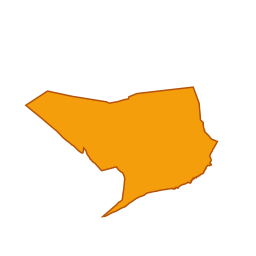 outline of Klæbu nor, Sør-Trøndelag, Norway, rotated 140°
{"feature_id": "86288312B3203953779566", "entity_name": "Klæbu nor", "entity_type": "district", "adm_level": 2, "iso_a3": "NOR", "parent_name": "Norway", "parent_adm1": "Sør-Trøndelag", "projection": "mercator", "projection_center": [10.509, 63.25], "detail": "fine", "context": "isolated", "style": "filled", "palette": "amber", "viewbox_px": 256, "rotation_deg": 140, "n_neighbors": 0, "source": "geoboundaries", "source_scale": "gbopen_adm2", "svg_char_len": 4392}
<svg xmlns="http://www.w3.org/2000/svg" viewBox="0 0 256 256"><g transform="rotate(140 128 128)"><path d="M204.2,76.4L202.3,75.1L200.9,74.7L200.3,74.6L198.9,74.2L197.9,74.1L195.9,73.7L193.2,72.9L192.8,72.7L190.4,72.0L189.0,71.6L185.4,71.0L184.2,70.7L182.7,70.2L181.0,69.6L180.8,69.6L178.1,69.5L175.0,69.6L173.2,69.2L167.0,68.7L163.3,67.8L160.0,66.5L158.7,66.1L155.6,66.1L149.2,62.8L146.8,61.3L145.9,60.8L145.2,60.7L144.7,60.3L140.4,57.9L139.2,57.0L136.6,55.5L133.4,53.5L133.1,53.5L133.1,53.4L133.1,53.1L133.0,52.8L132.8,52.8L132.7,52.8L132.7,52.7L132.3,52.4L132.3,52.2L132.2,52.2L132.1,51.9L131.9,51.6L131.8,51.4L131.6,51.4L131.3,51.4L131.1,51.2L130.8,51.2L130.7,51.2L130.7,51.4L130.4,51.6L130.1,51.7L129.8,51.7L129.6,51.8L129.4,51.8L129.3,51.7L129.2,51.6L129.4,51.5L129.4,51.4L129.4,51.2L129.1,51.0L128.9,51.0L128.9,50.9L128.8,50.7L128.8,50.2L128.7,50.1L128.4,50.0L128.2,49.8L128.0,50.0L127.8,50.0L127.5,50.0L127.3,50.0L127.2,50.1L125.9,50.3L123.3,49.8L121.9,49.3L121.7,49.1L120.8,48.8L120.5,48.6L120.2,48.5L120.0,48.3L119.8,48.3L119.7,48.3L119.3,48.2L118.8,48.2L118.4,48.1L118.2,48.0L117.8,47.8L117.6,47.8L117.4,47.9L117.1,47.8L117.0,47.7L116.8,47.7L116.7,47.6L116.5,47.2L116.5,46.9L116.3,46.8L116.2,46.7L115.9,46.5L115.9,46.4L115.7,46.4L115.7,46.1L115.4,46.0L115.3,45.9L115.2,46.0L114.9,45.9L115.0,45.8L114.9,45.8L114.7,45.8L114.4,46.0L114.2,46.2L113.8,46.3L113.8,46.5L113.5,46.6L113.4,46.9L113.4,47.0L113.2,46.9L113.2,47.0L112.9,47.0L112.9,46.9L112.6,47.1L112.3,47.2L112.2,47.1L111.9,47.1L111.6,47.0L111.4,47.3L111.1,47.3L111.1,47.2L110.9,47.0L110.5,46.8L110.4,46.9L110.1,46.7L109.9,46.7L109.7,46.8L109.8,46.8L109.6,47.1L109.6,47.3L109.3,47.0L109.3,46.9L109.1,46.8L108.7,46.7L108.3,46.7L108.1,46.8L107.8,46.7L107.7,46.8L107.4,46.6L107.4,46.4L107.2,46.6L106.9,46.4L106.8,46.6L106.7,46.6L106.5,46.4L106.4,46.2L106.0,46.0L105.8,45.9L105.7,45.8L105.2,46.0L105.0,45.9L104.8,46.0L104.6,45.9L104.3,46.0L104.2,45.8L103.8,45.7L103.7,45.6L103.6,45.4L103.4,45.5L103.0,45.7L102.7,45.7L102.3,45.7L102.1,45.7L101.9,45.5L101.5,45.5L100.9,45.3L100.5,45.2L100.1,44.9L99.8,44.9L99.7,44.9L99.6,45.0L99.4,45.0L99.1,45.1L98.7,45.1L98.6,45.4L98.5,45.5L98.4,45.5L98.2,45.8L97.6,45.9L97.3,45.9L97.3,46.1L96.7,46.1L96.5,46.4L96.4,46.5L96.2,46.5L95.6,46.5L95.2,46.9L94.6,46.8L94.3,46.7L94.2,46.8L94.1,47.2L93.9,47.3L93.7,47.4L93.5,47.6L93.3,47.8L93.2,47.8L92.9,47.8L92.1,47.9L91.8,48.0L91.5,47.9L90.9,48.1L90.7,48.1L90.5,47.8L90.5,47.7L90.3,47.6L90.2,47.5L90.3,47.3L90.2,47.1L89.8,46.8L89.7,46.7L89.1,46.5L88.7,46.5L88.0,46.2L87.7,46.4L87.6,46.7L87.6,47.0L87.8,47.5L87.7,48.5L87.5,48.8L87.2,48.9L86.4,49.1L85.8,49.3L85.2,49.6L85.0,49.8L84.5,50.8L84.2,51.6L83.8,52.4L83.8,52.6L83.8,53.1L83.6,53.7L83.5,54.0L81.0,55.3L78.6,56.1L78.1,56.3L77.7,56.6L76.2,57.3L75.9,57.4L75.6,57.5L75.2,57.5L74.9,57.6L74.0,58.0L70.9,59.1L68.2,60.2L68.7,61.1L68.9,61.4L69.3,62.3L69.8,63.3L70.2,63.8L70.3,64.2L70.8,65.0L71.1,66.1L71.3,66.9L71.1,70.0L71.5,74.3L71.6,75.3L71.6,75.6L71.7,75.8L71.7,76.0L71.4,76.3L71.1,76.5L70.9,76.7L70.8,76.8L70.8,77.0L70.7,77.1L70.7,77.3L70.8,77.5L70.7,77.7L70.7,77.8L70.6,78.0L70.5,78.4L69.6,80.1L68.2,82.2L67.8,82.7L66.9,83.8L67.3,87.6L62.6,94.1L61.3,96.1L57.7,101.1L54.7,109.2L51.8,117.4L56.3,120.4L67.6,127.9L86.1,140.1L94.9,145.9L99.2,148.7L107.3,151.3L107.7,150.9L108.4,150.5L109.2,150.1L112.4,152.0L119.4,155.0L120.3,155.5L122.2,156.7L124.2,157.8L126.2,158.8L127.8,162.0L150.4,188.1L165.9,208.0L191.7,211.1L190.0,201.9L188.1,192.1L185.7,177.6L184.5,171.4L183.9,161.9L183.3,158.6L182.2,153.8L181.8,151.0L181.1,149.2L181.0,147.9L180.7,144.6L180.6,143.0L180.1,140.7L179.6,138.9L179.4,138.4L178.3,138.0L174.7,141.2L174.8,138.9L174.9,137.4L175.1,136.8L175.9,135.2L176.1,134.5L176.4,132.2L176.3,131.9L176.5,130.5L176.6,130.2L176.9,128.9L177.0,128.2L176.9,127.5L176.7,127.2L176.6,126.4L176.8,124.9L176.7,124.6L176.5,123.8L176.2,123.2L176.0,122.4L175.7,112.4L174.6,111.7L162.7,106.1L161.9,105.6L162.0,105.4L162.0,105.2L162.0,104.9L161.9,104.4L162.0,104.2L162.1,103.9L162.1,103.6L162.2,103.4L162.2,103.0L162.1,102.6L162.0,102.3L162.0,102.1L162.0,101.9L162.1,101.5L162.1,101.4L162.0,101.2L162.0,100.7L161.9,100.5L161.8,100.3L161.8,99.9L161.7,99.8L161.7,99.4L161.5,98.9L161.5,98.6L161.3,98.3L161.1,97.8L161.0,97.6L160.9,97.5L161.3,95.2L162.8,91.6L170.2,84.2L172.0,82.7L178.5,76.8L180.5,76.6L182.0,76.8L182.7,77.1L185.6,76.6L201.1,76.4L204.2,76.4Z" fill="#f59e0b" stroke="#b45309" stroke-width="1.5"/></g></svg>